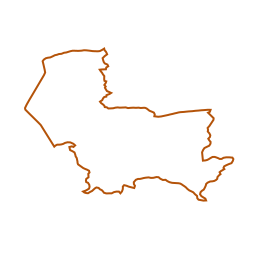 Tabocão, Tocantins, Brazil, rotated 258°
{"feature_id": "56859067B31909496494613", "entity_name": "Tabocão", "entity_type": "district", "adm_level": 2, "iso_a3": "BRA", "parent_name": "Brazil", "parent_adm1": "Tocantins", "projection": "equal_earth", "projection_center": [-48.562, -9.085], "detail": "fine", "context": "isolated", "style": "outline", "palette": "amber", "viewbox_px": 256, "rotation_deg": 258, "n_neighbors": 0, "source": "geoboundaries", "source_scale": "gbopen_adm2", "svg_char_len": 3628}
<svg xmlns="http://www.w3.org/2000/svg" viewBox="0 0 256 256"><g transform="rotate(258 128 128)"><path d="M199.5,58.5L197.2,56.8L196.0,55.7L193.9,53.8L192.4,52.4L186.5,47.0L179.2,40.3L176.3,37.6L171.9,33.7L168.9,31.4L167.3,31.4L162.2,34.7L158.9,36.9L151.1,42.0L149.0,43.3L125.1,52.0L125.9,53.4L126.4,55.2L126.0,57.2L125.8,59.2L125.9,61.2L126.5,63.3L126.6,65.9L125.9,68.6L123.9,71.3L122.0,72.7L120.8,70.7L121.7,69.3L121.6,66.7L120.2,66.7L118.4,66.8L116.9,68.8L115.2,70.6L112.7,70.9L111.1,70.9L109.3,71.6L107.3,71.6L105.7,71.6L104.3,71.4L102.8,71.6L98.1,75.9L96.7,77.8L95.8,79.2L94.3,81.0L92.5,81.1L91.4,79.6L89.7,79.4L88.0,79.1L86.9,76.6L85.3,75.9L83.8,75.9L82.7,77.5L80.5,78.3L78.5,78.2L76.8,77.3L76.0,75.1L75.5,73.3L75.2,70.9L74.0,71.9L73.1,73.5L72.5,75.3L73.3,77.5L73.9,79.8L74.9,81.5L75.8,83.0L76.4,84.7L75.5,86.8L74.0,87.7L72.6,89.5L71.1,90.4L69.7,91.0L68.6,93.0L68.0,95.9L67.5,98.5L68.2,100.9L68.2,103.4L67.7,105.9L65.7,107.0L67.2,108.9L69.1,110.1L70.4,110.5L71.8,110.8L72.9,112.3L71.8,114.6L70.5,116.5L69.4,118.7L68.0,121.6L70.0,122.8L71.8,122.1L73.8,122.4L75.7,124.9L76.1,127.2L75.7,129.0L75.7,130.9L75.8,133.0L75.7,135.2L75.4,137.9L74.4,140.1L74.0,142.5L74.1,145.6L73.5,147.7L71.7,149.0L69.9,151.3L69.5,154.0L67.9,155.4L66.4,157.3L65.2,159.7L64.5,162.2L64.0,164.0L63.5,165.8L62.8,167.5L61.8,168.7L60.6,169.8L59.4,171.0L57.9,172.3L56.1,173.4L54.2,175.0L52.8,176.9L51.5,178.5L49.4,179.7L47.2,181.4L44.8,181.2L43.2,182.1L42.2,184.5L41.3,186.7L40.9,189.3L42.8,189.0L44.4,187.3L46.1,185.6L48.2,184.7L50.1,185.6L51.2,187.2L52.0,189.3L53.6,190.7L55.5,192.1L57.0,192.8L58.0,194.5L58.6,197.2L58.3,199.5L58.3,201.5L58.9,203.4L59.7,204.7L61.4,205.3L62.7,207.0L63.6,208.9L65.7,208.4L66.5,209.9L67.1,211.7L67.8,213.7L69.1,213.1L70.5,214.1L71.1,216.2L71.7,219.0L72.1,221.9L74.0,223.7L75.7,224.6L77.3,224.0L78.3,220.8L78.9,217.8L79.0,215.2L78.3,213.2L78.7,211.2L79.7,210.0L80.7,208.5L81.7,206.8L82.1,204.6L81.4,202.3L80.8,200.7L80.3,198.9L80.2,197.0L80.5,194.5L88.8,195.4L90.9,196.9L92.5,198.6L93.1,200.9L93.8,203.8L95.5,205.4L97.2,205.9L99.1,204.9L100.8,204.3L102.2,206.3L103.8,207.0L105.8,206.5L108.0,205.3L109.5,205.9L111.5,205.9L113.0,208.0L118.2,213.3L119.8,213.8L126.3,209.5L126.8,211.4L128.6,212.5L129.2,210.0L129.7,206.1L130.1,203.4L130.4,200.5L130.8,197.6L131.1,194.3L131.6,190.8L131.9,188.1L132.1,186.0L132.6,182.6L132.7,180.8L132.6,178.5L132.6,176.7L132.5,174.6L132.5,171.9L132.4,169.8L132.4,166.8L132.4,162.9L132.7,159.9L134.0,156.2L135.8,157.0L137.7,156.5L139.0,154.7L140.4,152.6L142.0,151.3L143.3,150.2L144.2,148.8L144.6,146.9L144.9,144.7L145.7,142.5L146.1,139.9L146.8,137.3L147.2,134.7L147.5,132.1L148.6,130.1L149.1,127.1L149.6,124.2L150.3,122.1L150.5,119.9L150.4,117.6L150.8,115.0L151.2,112.8L152.7,111.5L153.3,109.6L154.7,109.5L156.3,108.4L157.9,106.9L159.6,106.1L160.6,108.6L162.2,109.8L163.3,111.3L163.2,113.3L164.6,113.8L165.1,117.0L165.8,118.8L167.3,116.8L168.5,115.1L170.6,114.3L172.2,113.8L173.2,114.8L175.0,113.8L176.6,115.5L178.1,116.4L179.0,114.8L180.3,114.8L181.8,115.1L183.7,115.6L185.8,114.6L187.4,114.1L189.3,113.1L190.9,112.5L190.7,114.6L190.4,116.4L190.0,118.6L191.7,119.3L192.5,121.5L194.3,121.1L196.0,118.7L197.6,118.0L199.5,117.8L201.6,117.7L203.2,120.2L204.4,122.9L206.0,122.6L207.4,122.2L208.8,121.3L210.6,121.2L209.8,119.0L209.1,116.5L209.3,114.4L209.8,112.4L210.5,109.6L211.6,106.5L212.6,103.5L213.2,101.2L213.3,98.6L213.8,95.3L214.5,92.5L215.1,89.9L215.1,87.6L214.9,85.5L214.7,83.3L214.9,81.1L214.4,78.4L214.7,75.7L214.4,73.9L214.4,71.6L213.8,69.4L213.2,66.7L213.4,64.1L213.3,62.1L212.4,59.9L211.1,58.4L208.0,58.5L202.3,58.6L199.5,58.5Z" fill="none" stroke="#b45309" stroke-width="2"/></g></svg>